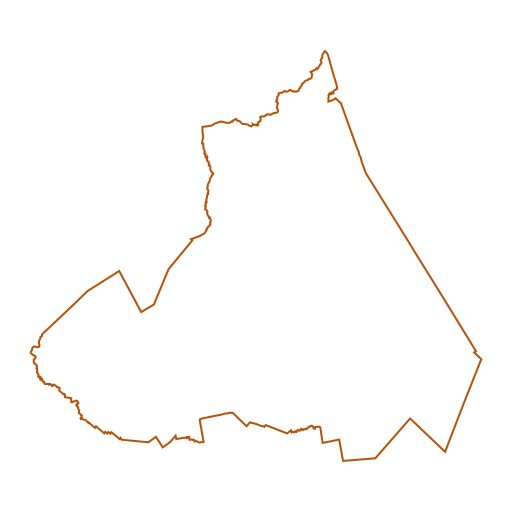 the district of Miguel Auza, Zacatecas, Mexico
{"feature_id": "50627088B13748341386854", "entity_name": "Miguel Auza", "entity_type": "district", "adm_level": 2, "iso_a3": "MEX", "parent_name": "Mexico", "parent_adm1": "Zacatecas", "projection": "robinson", "projection_center": [-103.557, 24.164], "detail": "fine", "context": "isolated", "style": "outline", "palette": "amber", "viewbox_px": 512, "rotation_deg": 0, "n_neighbors": 0, "source": "geoboundaries", "source_scale": "gbopen_adm2", "svg_char_len": 5897}
<svg xmlns="http://www.w3.org/2000/svg" viewBox="0 0 512 512"><path d="M207.2,157.6L207.3,157.4L207.4,158.0L207.0,158.5L206.9,159.7L207.0,160.4L207.5,160.8L208.2,162.0L208.6,161.9L208.8,163.3L209.3,164.0L208.6,165.2L209.0,165.7L210.1,166.0L210.4,167.1L210.2,168.2L210.5,169.7L211.3,171.6L213.2,173.5L213.1,174.3L212.0,174.8L211.5,176.5L210.7,177.5L210.0,179.2L209.4,182.0L208.8,182.5L207.7,185.0L207.7,186.5L207.2,188.3L207.6,189.2L208.1,189.7L208.4,191.7L207.9,192.7L208.3,193.6L208.1,194.1L207.5,194.1L207.3,194.5L207.0,197.2L206.5,198.5L206.6,199.4L206.3,200.1L206.3,200.6L206.7,201.7L206.4,202.0L205.9,201.9L205.6,202.5L205.6,203.2L206.1,203.7L206.0,204.2L205.0,205.7L205.2,206.6L205.7,206.8L205.2,209.3L205.8,209.4L207.5,211.3L207.2,212.9L207.2,213.9L208.7,216.8L209.8,217.3L209.3,218.3L210.7,219.4L210.8,221.1L210.3,221.7L210.1,222.9L210.5,223.9L210.4,224.5L209.7,224.7L209.6,225.8L208.4,226.8L208.0,226.8L207.5,227.3L207.3,228.6L206.4,229.2L206.6,230.1L204.5,233.3L200.0,235.9L191.0,239.2L192.3,240.4L168.6,269.1L153.9,304.5L141.2,312.1L119.2,271.0L87.6,291.0L73.6,304.6L41.9,334.5L42.1,335.5L41.8,336.4L40.5,336.8L40.3,338.6L39.9,339.5L39.2,340.2L39.2,341.2L38.9,342.1L39.4,345.1L39.4,346.3L38.6,346.9L37.6,347.3L34.3,346.5L33.8,346.6L32.6,347.6L32.1,348.8L32.0,349.9L30.7,351.9L30.7,352.6L31.2,353.5L33.6,355.4L35.0,355.9L35.7,356.7L35.5,357.7L35.2,358.2L33.8,359.5L33.7,360.5L33.9,361.4L33.7,362.2L34.3,363.4L34.8,363.8L35.3,363.9L35.7,364.5L36.3,364.8L36.8,365.4L37.1,366.8L36.4,368.2L37.3,369.0L37.0,369.7L37.3,370.9L37.0,371.6L37.0,372.7L38.3,373.9L38.4,374.9L38.2,376.1L38.3,376.9L39.8,376.6L40.4,377.0L40.0,377.7L40.0,379.1L40.3,379.6L41.1,379.9L41.6,379.4L41.7,378.6L41.9,378.6L42.3,379.5L42.6,381.4L43.0,381.7L44.1,381.8L44.4,383.5L45.0,384.1L47.1,383.9L48.5,384.0L48.8,384.6L49.2,384.8L50.1,383.9L50.9,384.4L51.5,385.4L52.3,386.2L52.6,386.1L53.1,384.8L54.1,384.6L54.8,385.2L55.8,385.7L56.8,387.0L57.5,386.9L58.4,387.6L59.5,387.8L59.7,388.1L59.2,389.4L59.2,390.2L59.4,390.9L62.5,393.3L63.1,394.2L64.1,393.9L64.7,394.3L65.0,395.0L64.8,396.3L64.9,397.1L71.2,398.2L71.0,399.4L71.5,400.8L71.1,402.0L71.3,402.2L72.7,402.1L75.6,400.8L76.7,400.6L77.9,401.9L78.4,403.0L78.3,403.4L77.0,403.7L76.8,404.1L77.0,404.9L76.3,405.3L76.6,405.8L77.7,406.6L78.0,407.4L77.8,407.6L78.2,408.1L78.5,409.5L79.2,410.4L79.2,411.0L78.8,412.4L79.0,413.2L80.2,414.0L81.1,415.3L81.6,415.2L81.9,415.5L81.6,416.2L81.8,417.5L81.7,417.6L80.8,417.7L80.5,418.4L80.8,419.1L82.5,418.9L83.8,419.7L84.9,419.8L86.0,420.3L87.3,421.9L88.5,422.9L88.8,422.5L95.0,427.9L96.0,426.3L104.3,433.4L105.3,431.8L107.4,433.6L108.3,432.0L110.4,433.7L111.3,432.1L119.7,439.1L120.5,437.9L121.6,439.7L148.4,442.3L155.9,436.8L162.8,447.4L170.2,442.0L175.6,435.7L176.3,439.1L184.1,437.7L187.1,438.1L186.9,437.1L189.1,436.8L189.6,439.8L191.8,439.5L192.4,439.9L193.8,439.8L194.2,440.0L194.5,441.5L196.5,441.1L199.1,442.5L203.6,441.9L199.7,419.8L199.9,419.4L200.4,419.0L203.9,418.1L221.4,414.6L225.3,413.5L226.3,413.6L230.8,412.6L231.2,412.9L232.9,413.0L246.6,426.2L249.9,422.3L251.9,423.0L254.5,423.5L257.1,424.3L261.3,426.0L262.2,425.9L264.2,426.9L265.7,425.1L287.1,433.4L291.1,430.3L291.7,432.3L292.3,431.9L292.8,431.9L293.7,432.4L294.8,431.4L295.2,431.7L295.5,431.5L295.9,431.6L295.9,432.0L296.4,432.0L296.6,431.9L296.8,430.9L297.2,430.8L297.4,430.3L298.0,429.9L298.7,430.6L299.4,430.7L300.1,430.2L300.6,430.4L301.1,430.0L300.8,429.2L301.1,428.8L301.7,428.8L303.2,429.9L303.9,429.4L304.2,429.0L305.2,429.4L306.2,428.8L306.7,429.1L307.0,428.4L307.9,427.8L308.2,427.3L309.0,427.3L309.6,426.4L311.8,425.7L312.5,426.1L312.4,426.5L313.3,426.9L313.6,428.3L313.9,428.6L314.3,428.7L315.0,428.7L314.9,427.4L315.9,426.8L316.6,427.0L319.0,426.6L320.3,427.3L322.6,442.9L339.2,439.6L343.0,460.9L375.3,458.3L410.1,418.5L445.1,451.8L463.6,403.7L481.3,359.2L474.2,352.5L475.9,351.2L475.7,350.7L440.5,293.4L414.5,251.6L406.3,238.1L365.9,173.2L361.7,161.9L360.6,157.0L359.3,155.0L358.7,151.7L357.3,148.8L340.9,103.2L340.7,103.3L335.6,98.2L334.1,99.5L328.4,101.6L328.5,99.6L328.3,98.9L328.8,95.8L328.5,95.3L329.0,94.8L329.2,93.6L330.4,93.1L330.3,93.5L330.9,93.5L331.0,94.0L333.4,93.3L332.5,92.1L335.9,89.3L336.8,89.1L337.1,88.8L337.2,88.3L336.2,83.5L333.6,75.3L328.1,55.4L327.3,53.7L326.5,52.6L324.9,51.1L323.7,52.6L322.5,54.6L322.2,57.3L322.2,58.1L321.0,59.1L320.6,60.6L321.6,62.6L321.5,63.0L320.8,64.1L320.3,64.2L317.5,69.1L316.5,68.3L315.8,69.4L310.6,71.9L311.9,73.5L312.1,74.1L311.7,77.2L311.1,78.2L310.5,78.8L309.2,78.8L308.5,79.2L307.9,80.0L305.7,80.7L304.8,81.4L303.8,82.6L303.3,82.8L302.9,83.5L302.1,83.8L301.5,85.5L300.2,87.5L300.3,87.8L299.3,88.5L298.8,89.3L298.8,90.2L298.4,90.8L297.5,91.2L296.8,91.2L295.9,91.8L294.8,91.4L294.0,91.4L293.4,91.7L292.1,90.8L291.5,90.8L290.0,89.8L288.2,91.2L287.4,91.5L286.2,91.7L285.8,91.6L285.0,90.9L284.7,90.9L282.5,92.6L281.1,92.6L279.5,93.4L278.8,93.2L278.3,95.6L277.3,96.7L277.3,98.6L276.7,99.7L277.1,100.6L276.2,101.3L276.7,102.1L277.7,102.7L278.0,103.4L277.4,104.5L277.0,107.3L277.2,108.6L278.1,110.5L277.9,111.6L277.0,112.5L273.2,113.3L270.8,114.7L269.8,114.8L269.4,114.5L267.2,114.3L266.1,114.9L265.3,115.8L264.2,116.4L261.5,116.4L260.2,117.0L260.1,117.5L260.6,118.1L260.7,118.9L260.5,120.7L260.4,121.0L259.8,121.1L259.5,121.8L258.3,122.0L258.0,123.3L257.6,123.9L258.1,124.4L258.2,125.2L257.1,125.5L255.8,124.6L254.8,125.0L253.6,124.8L252.7,124.1L252.8,124.9L251.3,126.4L249.2,125.6L247.6,124.4L243.9,124.0L242.8,124.1L241.7,123.4L239.7,121.2L237.1,120.6L236.4,119.1L236.1,118.9L235.6,119.0L235.3,119.5L233.4,120.2L233.0,121.1L232.5,121.6L231.7,121.3L230.9,121.8L230.1,122.7L226.9,122.9L221.2,121.5L214.5,123.6L213.0,124.9L211.1,125.7L202.5,126.9L202.5,131.5L203.3,136.9L202.4,140.5L202.1,143.3L202.2,143.7L203.3,143.8L203.2,146.2L203.5,146.8L203.4,148.2L205.0,152.1L204.2,153.4L204.8,154.2L205.7,154.5L205.2,156.1L205.8,157.4L206.4,157.2L207.2,157.6Z" fill="none" stroke="#b45309" stroke-width="2"/></svg>